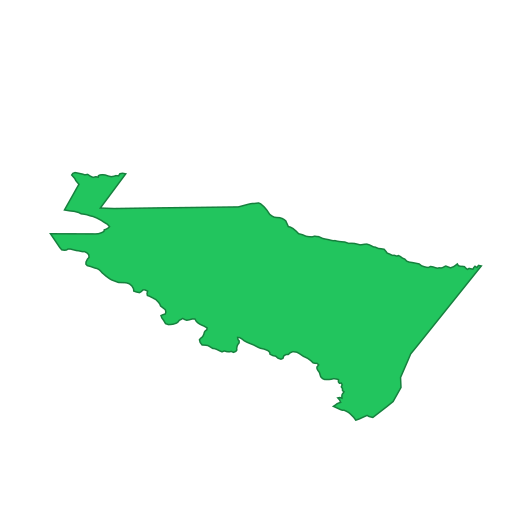 the district of Barra do Mendes, Bahia, Brazil, rotated 120°
{"feature_id": "56859067B29709339378771", "entity_name": "Barra do Mendes", "entity_type": "district", "adm_level": 2, "iso_a3": "BRA", "parent_name": "Brazil", "parent_adm1": "Bahia", "projection": "equal_earth", "projection_center": [-42.089, -12.012], "detail": "fine", "context": "isolated", "style": "filled", "palette": "green", "viewbox_px": 512, "rotation_deg": 120, "n_neighbors": 0, "source": "geoboundaries", "source_scale": "gbopen_adm2", "svg_char_len": 4568}
<svg xmlns="http://www.w3.org/2000/svg" viewBox="0 0 512 512"><g transform="rotate(120 256 256)"><path d="M347.5,113.8L346.8,106.2L346.4,104.2L345.5,102.6L345.3,100.3L345.2,97.7L345.6,95.4L346.9,90.6L348.3,87.5L345.4,85.0L342.8,83.2L338.5,80.1L338.5,77.9L337.4,74.1L321.3,67.5L313.5,64.5L297.4,64.7L288.9,70.1L269.8,72.3L263.5,73.1L253.0,71.4L152.0,55.9L152.9,58.6L155.5,58.9L155.4,61.2L157.2,61.6L159.0,61.6L160.2,65.3L161.9,66.2L161.6,68.3L161.0,70.2L161.8,72.1L162.8,74.0L163.2,75.9L162.2,77.7L164.5,78.6L166.4,79.5L169.0,81.6L169.5,84.7L169.8,86.6L171.0,87.5L172.4,88.3L173.8,89.6L174.6,91.4L175.9,92.8L176.5,95.1L176.9,97.1L177.8,99.6L179.5,100.7L180.4,102.3L181.2,105.1L181.7,107.8L181.3,110.8L182.0,112.9L182.8,115.3L183.6,117.6L184.7,120.3L185.1,122.9L184.3,125.6L184.6,128.1L184.3,130.6L184.4,132.9L185.7,133.9L186.2,136.5L187.3,138.3L187.5,141.2L187.9,143.9L187.1,145.6L186.1,148.4L187.3,151.6L188.3,153.8L188.7,157.2L189.4,158.8L189.5,161.1L189.7,163.4L190.3,166.0L191.8,168.2L193.2,169.9L194.3,171.4L195.1,174.3L196.0,177.2L197.4,179.9L198.8,182.2L199.5,186.1L200.6,188.4L201.8,191.1L202.6,193.2L203.2,195.3L204.2,196.8L204.8,198.6L205.6,201.4L206.8,204.8L207.5,207.2L207.7,209.3L207.9,211.4L208.8,213.3L209.5,215.1L211.4,217.0L212.9,220.0L213.9,222.6L214.3,226.2L214.8,228.1L215.4,230.2L214.4,233.7L213.7,237.8L213.8,240.7L214.4,242.7L213.0,244.6L211.8,246.3L210.7,247.8L210.4,250.0L210.4,252.0L211.0,254.7L212.4,257.5L213.3,259.7L213.4,262.2L213.1,264.9L212.2,266.8L211.0,269.2L210.0,271.8L209.3,273.9L208.5,278.1L208.8,280.3L210.3,282.3L211.5,283.9L212.4,285.5L213.7,287.1L215.4,288.9L222.3,295.8L246.9,337.2L262.5,363.5L285.9,402.7L292.3,414.8L250.0,409.9L251.1,413.0L252.8,415.0L255.3,415.1L256.5,417.6L257.9,418.8L259.7,421.0L260.6,423.9L261.2,427.0L262.3,429.5L263.7,431.5L265.2,432.6L266.7,432.1L267.4,434.3L269.4,436.4L269.7,439.5L269.5,442.6L271.3,444.8L271.8,447.2L272.4,449.0L273.1,451.2L274.2,454.4L276.0,455.9L278.0,456.1L278.8,453.8L279.5,451.7L280.7,449.9L281.5,447.9L282.4,445.2L287.2,445.2L293.2,445.1L311.9,444.9L310.9,442.2L310.0,439.8L308.2,435.7L307.0,431.3L306.9,428.5L305.9,426.2L304.8,423.1L304.1,419.6L303.3,417.1L302.7,412.9L302.5,407.7L302.7,405.5L302.8,402.9L302.8,400.6L303.8,397.5L305.6,398.0L307.8,399.2L309.2,400.5L310.6,400.0L312.2,400.8L313.6,401.9L315.4,403.5L317.0,405.8L329.3,427.3L339.5,445.1L346.8,430.1L347.8,427.3L346.7,424.6L345.5,423.1L344.0,422.3L342.8,420.3L342.1,417.8L341.0,414.0L340.2,412.3L339.0,408.4L337.9,406.7L337.8,404.0L338.5,401.5L340.6,399.9L342.9,400.4L346.2,400.2L348.1,399.2L348.7,397.3L347.8,394.0L347.0,389.6L346.3,387.2L346.3,384.7L346.8,382.8L347.5,380.8L348.5,375.4L348.9,371.3L348.9,369.1L348.4,366.1L347.7,361.9L345.9,358.5L344.7,356.3L343.9,354.4L343.4,351.6L344.0,348.5L345.6,345.7L347.5,344.3L347.0,341.7L346.0,338.6L344.2,337.6L341.8,336.9L340.9,335.3L340.6,332.3L343.0,331.6L344.5,330.3L344.1,328.3L343.8,320.8L344.9,317.1L345.8,315.1L347.0,313.7L347.4,310.8L347.8,307.7L349.7,306.0L351.6,305.6L353.3,307.2L355.1,308.5L356.7,306.6L358.0,303.7L359.8,300.5L359.2,297.5L357.8,295.4L356.5,293.7L355.0,292.3L353.7,291.2L352.0,290.5L350.0,290.3L348.6,289.3L346.7,288.2L346.7,286.2L346.3,283.9L344.7,282.0L342.4,279.7L341.1,277.4L342.5,274.9L343.0,272.7L343.1,270.7L343.0,268.7L342.7,265.9L342.7,262.4L344.5,261.7L346.2,262.5L347.8,262.6L349.6,262.1L351.6,261.9L353.3,262.1L355.0,262.8L356.8,263.1L358.8,261.1L360.0,258.2L358.6,255.4L357.6,252.9L357.6,250.1L357.7,247.3L356.9,245.5L356.5,243.2L356.3,240.1L356.0,237.5L354.1,236.0L353.4,233.3L352.2,231.0L351.0,229.8L350.7,227.3L348.7,225.8L347.0,225.6L345.6,226.6L343.5,227.3L341.8,227.5L339.7,227.2L338.0,228.1L337.3,230.0L335.7,231.2L334.8,229.2L334.9,226.3L335.3,223.9L335.2,220.8L334.8,217.5L334.5,215.6L334.2,213.4L334.1,210.7L334.0,208.5L333.7,206.0L332.6,202.6L332.2,200.2L332.0,198.0L332.6,195.9L334.0,194.8L333.8,191.5L332.9,188.9L333.5,185.8L332.9,182.8L331.2,181.5L328.6,182.0L326.4,180.8L325.1,178.8L322.7,178.0L320.4,176.3L318.9,172.6L318.8,169.9L319.0,167.3L319.2,164.8L319.0,162.8L318.8,160.0L319.2,156.3L320.0,153.1L319.3,151.0L318.4,149.4L319.0,147.3L321.7,147.7L323.1,146.8L324.1,145.2L325.2,142.8L326.6,141.3L328.2,139.6L328.9,137.2L328.7,135.0L327.6,133.0L326.4,130.9L325.1,129.2L323.3,127.3L322.3,124.7L321.8,122.8L323.8,121.7L324.5,120.1L323.4,118.6L324.5,116.9L326.7,116.7L327.5,114.9L329.3,113.8L329.6,111.9L331.2,112.0L332.7,112.2L334.2,111.7L336.2,110.5L336.6,112.6L338.0,114.2L338.8,111.7L340.4,109.5L342.1,111.0L343.5,112.0L345.1,112.6L347.5,113.8Z" fill="#22c55e" stroke="#15803d" stroke-width="1.5"/></g></svg>